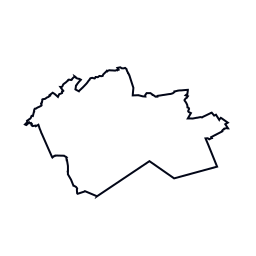 Terneuzen, Zeeland, Netherlands (Natural Earth projection), rotated 160°
{"feature_id": "6326949B16829541191970", "entity_name": "Terneuzen", "entity_type": "district", "adm_level": 2, "iso_a3": "NLD", "parent_name": "Netherlands", "parent_adm1": "Zeeland", "projection": "natural_earth1", "projection_center": [3.831, 51.299], "detail": "fine", "context": "isolated", "style": "outline", "palette": "ink", "viewbox_px": 256, "rotation_deg": 160, "n_neighbors": 0, "source": "geoboundaries", "source_scale": "gbopen_adm2", "svg_char_len": 5316}
<svg xmlns="http://www.w3.org/2000/svg" viewBox="0 0 256 256"><g transform="rotate(160 128 128)"><path d="M101.9,64.9L57.5,61.2L58.3,84.1L58.7,91.7L56.6,91.1L55.5,89.6L53.4,89.9L52.7,89.8L52.9,91.0L40.5,92.6L40.5,92.8L40.4,93.3L39.5,93.8L39.3,93.9L38.9,93.9L38.6,93.9L38.4,93.9L38.2,94.0L38.0,94.4L37.9,94.4L37.8,94.5L37.5,94.5L36.9,94.3L35.6,94.2L35.3,94.1L34.9,93.9L34.6,93.6L34.4,93.5L34.1,93.4L35.3,98.3L32.4,98.9L36.5,104.8L37.3,105.8L39.3,104.7L39.5,104.5L40.8,110.4L42.8,110.2L44.1,113.8L45.1,113.8L45.2,113.7L45.4,113.7L51.2,113.1L53.6,112.9L54.0,112.8L54.7,112.6L55.0,112.7L55.3,113.0L55.8,113.3L56.4,113.5L59.7,114.0L59.8,114.1L63.6,114.7L64.0,114.8L66.9,115.9L68.5,116.5L63.8,120.5L65.5,122.3L65.6,122.5L65.7,123.1L65.7,123.3L64.1,125.0L64.1,125.6L64.1,125.9L64.2,126.3L64.3,126.4L64.9,126.8L65.0,126.9L65.1,127.0L64.7,128.2L64.5,129.4L64.5,130.0L64.8,132.3L65.4,134.3L65.4,134.6L65.4,134.8L65.3,135.0L65.2,135.1L63.8,136.0L63.6,136.1L62.9,136.2L62.6,136.2L60.9,137.4L62.7,139.0L61.7,139.4L61.0,138.9L58.8,143.1L58.7,143.4L61.2,144.1L65.0,145.1L67.1,145.8L68.3,146.0L68.6,146.1L69.4,146.1L70.7,146.3L71.9,146.5L72.0,146.2L72.1,145.9L74.1,145.3L76.2,145.4L78.2,145.9L82.4,146.7L83.7,147.0L86.4,147.5L88.7,148.0L89.3,148.1L89.4,147.9L89.6,147.4L91.4,148.0L92.9,150.2L93.3,150.4L93.6,150.6L93.5,150.9L95.0,153.1L98.6,154.4L100.6,153.0L100.9,151.6L103.3,152.7L106.5,154.9L107.1,155.2L107.1,155.3L112.4,157.0L111.6,158.8L109.2,163.9L109.0,169.5L108.7,177.1L108.8,177.2L108.9,179.0L109.0,179.4L109.2,179.5L109.1,179.8L109.3,181.4L109.4,182.0L109.4,182.3L109.3,183.5L109.3,184.0L109.8,184.7L110.0,185.3L110.2,185.5L111.2,185.5L111.6,185.5L112.9,186.0L113.2,186.1L113.5,186.3L113.8,186.7L114.4,187.6L115.3,187.8L117.4,188.1L116.9,186.0L117.1,186.0L117.4,186.0L118.0,185.9L118.0,186.3L120.4,186.3L123.1,187.5L125.1,188.3L125.8,188.7L126.0,188.7L126.7,188.6L127.3,188.7L127.7,188.6L127.8,188.7L128.1,188.9L128.2,188.6L128.4,188.3L128.6,188.4L129.0,188.6L132.9,186.8L133.0,186.7L133.7,186.0L134.0,185.6L135.3,185.8L137.1,186.7L138.5,186.2L138.9,186.1L139.0,186.1L141.0,187.0L142.2,186.0L142.5,186.0L144.5,187.4L146.3,187.6L147.1,187.1L147.6,186.5L148.0,186.4L148.8,185.9L149.0,185.8L149.2,185.7L150.7,184.6L151.4,184.2L151.9,183.9L155.1,182.3L156.0,181.9L156.9,181.4L157.9,181.1L158.5,180.7L159.0,180.6L161.4,179.5L161.6,179.3L164.1,182.1L164.2,182.3L163.4,183.6L163.1,184.2L162.5,185.4L162.4,185.6L162.2,185.8L161.7,186.0L161.3,186.1L161.2,186.2L160.9,186.6L158.6,188.0L157.2,188.8L156.4,189.0L156.1,189.3L155.8,189.5L156.0,189.7L156.9,190.8L157.1,190.9L157.4,191.0L158.4,191.7L158.8,192.0L159.4,192.5L159.5,192.6L159.5,192.8L159.7,193.2L159.7,193.6L159.9,193.9L160.2,194.4L160.5,194.8L160.5,194.7L160.9,194.5L160.9,194.4L161.0,194.3L161.1,194.2L161.4,194.2L161.5,194.2L161.8,194.1L162.1,194.0L162.8,193.7L164.1,193.0L164.0,192.8L164.1,192.7L164.5,192.6L164.9,192.5L165.1,192.6L165.3,192.8L166.1,193.1L166.4,193.3L166.8,193.6L167.0,193.7L167.4,193.7L167.7,193.7L168.0,193.3L168.2,193.1L169.5,192.7L170.3,192.3L171.1,192.0L172.3,191.7L173.8,191.2L174.0,191.0L174.5,190.6L175.4,189.6L175.8,189.4L176.1,189.3L176.5,189.3L177.5,189.7L177.2,188.5L177.2,188.4L176.1,185.0L176.3,184.9L176.5,184.8L177.3,184.9L177.5,184.9L177.6,184.3L178.0,183.4L179.1,183.3L181.1,183.3L183.2,181.2L184.3,183.3L184.6,183.8L185.3,185.1L186.7,186.9L190.5,185.7L190.2,185.0L192.3,184.4L193.7,184.4L194.4,184.2L195.4,183.9L195.8,183.8L196.2,183.8L198.3,184.2L198.6,184.2L198.8,184.1L198.9,183.9L199.1,183.3L199.3,182.8L199.5,182.5L199.9,182.2L200.0,182.0L200.1,181.7L200.2,181.4L200.2,181.2L200.3,181.1L200.6,181.0L201.0,181.0L201.3,180.8L201.4,180.7L201.4,180.2L201.4,179.5L201.3,179.3L201.3,179.2L201.5,178.8L201.7,178.7L201.9,178.6L204.0,178.3L205.8,178.2L208.0,177.8L208.1,177.7L208.4,177.8L208.8,178.0L209.4,177.7L209.6,177.5L209.9,177.1L210.4,176.3L210.4,176.2L210.4,175.8L210.5,175.6L210.7,175.3L210.9,175.3L211.1,175.2L211.3,174.8L211.8,174.0L212.1,173.6L212.3,173.3L212.4,173.1L213.3,171.8L214.2,172.4L214.3,172.4L214.7,172.2L214.8,172.1L215.1,171.6L215.3,171.4L216.1,170.6L216.7,170.2L217.2,170.2L217.7,170.0L218.1,170.0L218.7,169.6L219.4,169.6L220.2,169.4L220.4,169.3L220.3,168.7L220.6,168.3L221.1,167.9L221.6,167.6L222.1,167.2L223.6,166.6L223.2,166.1L222.7,166.2L222.4,165.6L222.0,165.7L221.5,166.0L221.0,166.2L220.7,166.3L219.3,166.9L218.9,167.1L218.3,165.8L218.0,165.9L217.4,165.9L216.9,164.5L217.6,163.9L217.7,163.5L217.5,163.1L216.9,162.4L214.1,161.9L214.0,161.2L211.1,161.7L211.1,161.0L211.1,159.8L211.2,158.6L211.2,157.0L211.1,155.6L211.1,154.8L211.1,154.2L211.1,152.5L211.0,152.3L209.9,135.4L209.6,131.2L209.3,126.7L209.2,126.6L209.0,126.4L209.0,126.2L208.2,126.5L207.7,126.6L207.7,126.8L206.0,127.0L205.8,127.0L205.7,127.0L205.3,126.8L205.3,126.7L205.2,126.7L204.4,126.5L197.8,123.9L197.7,123.9L197.6,123.7L197.0,123.0L196.1,122.1L195.9,121.8L195.8,121.6L196.1,121.6L196.1,121.4L196.6,118.9L196.3,118.9L197.4,113.0L197.6,112.4L199.1,108.2L199.5,108.0L199.7,107.5L199.6,107.3L199.5,107.2L200.2,105.3L200.3,105.1L199.4,100.0L199.2,98.9L199.0,92.5L198.8,92.5L198.6,92.3L197.4,90.9L197.1,90.5L197.0,90.4L196.6,89.2L196.5,88.7L196.5,88.4L197.1,87.6L197.2,87.4L198.1,84.1L198.1,83.9L197.8,83.4L190.8,83.2L190.5,83.2L190.1,83.4L180.5,74.5L180.6,74.4L119.2,89.5L101.9,64.9Z" fill="none" stroke="#020617" stroke-width="2"/></g></svg>